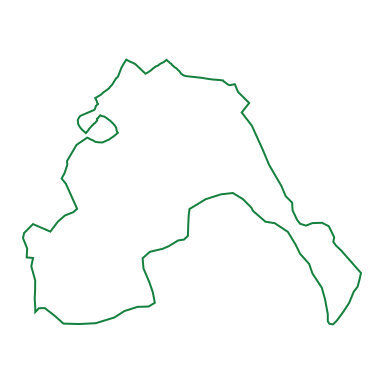 the district of Ogo Oluwa, Oyo, Nigeria
{"feature_id": "59680162B3334363185534", "entity_name": "Ogo Oluwa", "entity_type": "district", "adm_level": 2, "iso_a3": "NGA", "parent_name": "Nigeria", "parent_adm1": "Oyo", "projection": "orthographic", "projection_center": [4.194, 7.972], "detail": "fine", "context": "isolated", "style": "outline", "palette": "green", "viewbox_px": 384, "rotation_deg": 0, "n_neighbors": 0, "source": "geoboundaries", "source_scale": "gbopen_adm2", "svg_char_len": 3587}
<svg xmlns="http://www.w3.org/2000/svg" viewBox="0 0 384 384"><path d="M249.2,103.0L238.0,91.9L234.8,84.2L229.9,85.2L228.3,84.8L226.9,83.7L225.2,82.4L223.6,81.4L223.2,80.5L219.2,80.0L212.7,79.5L207.5,78.8L204.6,78.3L201.6,77.8L193.2,76.9L186.0,76.1L183.7,75.5L181.1,73.7L179.4,71.2L178.5,70.5L178.0,70.0L177.3,69.2L176.5,68.5L176.1,68.2L175.8,67.9L175.5,67.7L175.2,67.6L174.9,67.4L174.5,67.2L174.0,66.7L173.7,66.3L173.3,66.0L173.0,65.7L172.5,65.4L172.2,65.0L171.7,64.5L171.6,64.3L171.5,64.1L171.2,63.7L170.9,63.5L170.7,63.5L170.5,63.4L170.1,63.2L169.7,62.7L169.3,62.3L169.0,62.0L168.9,61.9L168.4,61.6L167.8,61.1L167.3,60.6L167.0,60.2L166.6,59.9L163.2,62.4L160.5,63.6L158.3,65.3L155.5,66.7L153.0,68.5L150.8,70.5L146.6,73.2L145.5,73.7L135.3,64.1L133.2,63.0L128.6,61.0L126.3,59.6L124.6,62.3L121.6,67.3L118.0,76.6L115.9,78.6L112.2,84.6L111.2,85.6L109.0,88.4L103.1,92.6L101.3,94.3L100.8,94.8L95.2,98.1L95.9,99.1L96.1,99.7L96.7,100.9L97.0,102.2L97.2,102.7L97.3,102.8L97.3,103.0L97.5,103.4L97.6,103.5L97.8,103.7L97.9,103.9L98.0,104.0L97.9,104.2L97.8,104.4L97.3,104.6L96.9,105.0L96.5,105.3L96.2,105.7L95.9,106.1L95.7,106.6L95.6,107.0L95.5,107.3L95.3,107.9L95.1,108.6L94.9,109.1L94.6,109.5L94.3,109.8L93.9,110.0L93.6,110.2L93.3,110.3L93.2,110.4L92.7,110.6L92.3,110.8L92.0,110.8L91.7,111.0L91.2,111.2L90.9,111.4L90.6,111.5L90.2,111.6L89.8,111.8L89.4,112.0L88.7,112.3L87.8,112.7L87.3,112.9L86.3,113.3L85.4,113.7L84.5,114.1L83.3,114.6L82.2,115.1L80.8,115.7L80.2,116.0L79.8,116.4L79.4,117.1L78.7,118.1L77.8,120.0L78.0,122.7L78.4,124.6L80.2,127.5L82.0,129.7L84.4,131.7L85.9,133.1L88.0,130.6L89.3,128.6L90.4,127.5L92.3,125.3L92.8,125.0L93.3,124.4L93.7,123.9L93.9,123.8L93.9,123.7L94.4,123.5L94.9,123.1L95.5,122.7L95.8,122.0L96.1,121.6L96.4,121.3L96.9,121.0L97.3,120.2L97.1,119.5L96.9,118.8L97.3,118.5L97.9,118.2L98.2,117.9L98.7,117.2L98.8,117.0L98.9,116.8L99.1,116.6L99.3,116.3L99.6,116.0L99.9,115.7L100.3,115.3L100.5,115.4L101.0,115.7L101.9,116.0L103.0,116.3L104.0,116.5L104.5,116.7L105.0,117.0L105.9,117.6L107.1,118.5L108.9,119.8L110.7,121.2L113.1,123.6L115.0,125.7L116.3,128.1L116.5,130.0L116.9,131.3L117.9,132.8L114.0,136.1L108.9,139.6L102.4,142.5L99.2,142.3L98.4,142.3L95.0,141.7L93.4,140.5L89.9,139.1L88.4,138.1L87.2,137.6L76.5,144.9L67.0,161.1L67.3,164.9L64.4,173.5L61.6,178.5L65.9,183.8L77.1,208.8L73.3,212.2L64.9,215.5L58.0,221.5L50.3,231.6L33.0,224.1L24.1,233.0L23.0,238.1L27.2,248.6L26.8,255.2L26.7,257.4L33.0,258.0L32.6,260.1L31.6,264.9L31.6,265.0L31.3,266.3L35.2,280.4L35.1,290.7L35.0,291.8L35.0,292.8L34.7,298.1L34.8,300.2L35.3,308.0L35.3,312.0L39.0,308.2L44.8,308.1L55.3,316.3L63.4,323.6L78.4,324.0L81.9,323.9L95.7,323.2L96.4,323.0L114.3,317.5L114.8,317.2L124.5,311.0L126.4,310.4L126.5,310.4L137.4,306.9L148.7,306.5L154.8,302.8L152.8,292.2L149.1,281.6L145.2,272.5L143.5,268.5L142.6,258.3L149.9,251.8L154.9,250.6L160.9,249.2L162.1,249.0L168.9,246.1L178.2,240.4L183.9,239.6L187.9,235.9L188.3,223.6L188.7,215.5L189.5,209.0L205.7,199.2L221.1,194.3L225.8,193.8L232.8,193.0L242.9,199.1L251.4,207.7L253.0,210.9L263.7,220.2L265.4,221.7L274.8,223.2L287.8,231.8L295.5,244.4L300.0,253.7L309.2,264.0L312.4,273.4L321.8,287.7L325.0,299.1L327.8,314.2L327.8,321.2L329.3,323.7L332.6,324.4L333.3,324.2L336.7,320.7L338.4,318.5L340.0,316.3L343.6,311.4L349.2,302.8L353.7,291.8L357.7,286.5L359.7,278.7L361.0,273.0L341.0,250.3L335.8,245.4L333.3,241.8L334.2,237.3L328.8,226.2L322.0,222.8L312.4,223.1L305.9,225.6L300.0,223.7L297.1,219.9L292.6,210.4L292.1,202.6L285.7,196.2L281.4,186.0L269.1,164.9L262.2,148.4L259.7,143.0L251.8,125.6L241.7,112.5L249.2,103.0Z" fill="none" stroke="#15803d" stroke-width="2"/></svg>